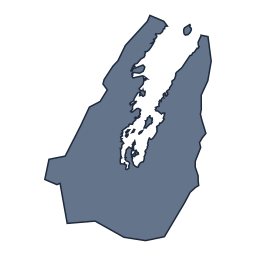 Porsáŋgu sme 2, Finnmark, Norway (Albers equal-area conic projection)
{"feature_id": "86288312B48399951224278", "entity_name": "Porsáŋgu sme 2", "entity_type": "district", "adm_level": 2, "iso_a3": "NOR", "parent_name": "Norway", "parent_adm1": "Finnmark", "projection": "albers", "projection_center": [25.158, 70.243], "detail": "fine", "context": "isolated", "style": "filled", "palette": "slate", "viewbox_px": 256, "rotation_deg": 0, "n_neighbors": 0, "source": "geoboundaries", "source_scale": "gbopen_adm2", "svg_char_len": 5904}
<svg xmlns="http://www.w3.org/2000/svg" viewBox="0 0 256 256"><path d="M208.0,36.6L201.0,35.2L201.0,35.9L198.1,42.3L198.2,44.6L198.6,46.1L199.1,46.4L198.7,47.5L197.6,48.6L197.1,48.2L194.4,52.1L192.7,53.0L191.6,55.2L190.0,55.5L181.8,67.8L176.3,72.5L175.6,74.2L175.8,75.0L175.1,77.6L174.3,79.4L172.1,80.9L171.9,81.9L172.2,83.5L172.0,84.3L169.7,87.7L169.4,89.2L167.2,90.7L166.3,92.1L167.6,92.6L167.2,93.5L167.9,94.2L166.5,95.3L167.0,95.5L166.8,95.8L166.0,96.1L165.8,95.4L165.2,95.3L165.2,93.5L164.5,93.1L163.5,93.9L163.2,94.6L163.5,96.4L163.3,97.6L163.5,97.8L162.7,97.7L161.9,98.5L161.2,99.9L161.4,101.1L161.2,101.5L160.0,100.2L159.0,101.7L159.5,103.0L158.8,103.9L159.1,106.1L155.9,107.3L156.3,107.5L156.1,108.7L155.2,109.5L156.0,110.9L157.9,111.0L161.4,114.0L162.4,113.1L164.7,113.1L164.7,114.1L164.2,114.6L164.4,115.3L163.4,117.7L163.3,118.5L164.3,119.1L161.8,122.5L160.0,123.2L159.2,122.8L159.7,123.4L159.4,124.7L156.7,126.5L156.9,126.9L156.7,127.6L157.2,128.1L156.9,128.8L156.8,130.0L157.2,131.1L155.9,133.9L153.6,137.4L151.5,139.4L149.6,139.1L149.7,137.5L149.1,138.5L148.1,141.4L148.2,142.5L147.7,142.9L147.6,143.9L148.1,144.8L148.1,145.4L147.2,146.6L147.4,147.7L147.1,148.5L145.0,151.3L145.1,152.0L145.8,152.3L144.9,155.4L144.1,156.6L144.3,157.5L144.1,159.6L143.3,161.8L141.5,162.1L140.1,163.2L138.9,164.8L138.9,165.5L138.4,165.7L138.3,167.0L137.4,167.3L134.7,165.9L133.3,164.2L133.2,162.9L132.0,160.2L132.6,158.0L132.2,157.1L131.6,157.4L131.7,155.6L134.6,156.6L135.5,155.1L135.7,154.0L136.3,155.0L138.5,154.1L138.1,153.2L138.2,152.6L137.1,152.2L136.3,150.6L135.4,152.1L135.7,150.9L135.5,150.7L134.6,153.1L133.5,154.2L131.4,155.0L131.2,154.3L131.3,152.3L132.3,149.1L132.7,149.0L132.7,150.6L134.0,150.5L133.6,149.0L133.4,145.8L135.3,144.0L134.9,143.5L135.1,142.5L134.7,140.9L133.7,142.7L133.2,142.8L133.3,143.6L132.3,144.3L133.1,145.1L132.4,146.4L132.7,146.8L131.8,148.1L130.9,148.3L129.0,147.0L126.2,149.9L126.0,152.0L125.1,154.9L125.1,156.4L126.0,157.4L125.0,157.8L125.5,158.2L125.2,159.4L125.8,159.8L126.0,160.7L128.9,162.0L129.6,163.2L129.5,164.0L128.6,166.0L129.0,168.1L126.8,169.6L125.7,169.1L125.7,167.9L126.4,166.1L126.0,165.3L126.3,165.0L124.8,164.3L124.5,162.1L124.4,164.1L120.5,163.7L120.2,161.1L120.3,159.5L120.8,158.3L121.4,158.0L120.6,157.7L121.3,156.5L120.7,155.8L120.9,155.3L120.6,153.6L120.7,151.7L120.4,150.6L121.0,148.9L120.5,148.5L121.3,148.4L121.8,147.7L121.7,146.6L122.0,144.7L123.8,143.3L122.5,141.5L121.7,141.7L121.4,141.6L122.0,141.4L121.4,140.9L121.9,140.4L121.2,139.4L121.9,138.7L121.0,138.5L120.7,137.3L120.9,137.0L120.7,136.9L120.7,136.7L122.5,135.9L122.1,135.0L122.6,133.0L121.7,133.3L122.7,132.1L122.6,131.1L122.1,130.6L127.4,126.6L128.3,126.6L129.0,125.7L128.8,124.8L129.4,124.1L132.4,124.3L132.3,123.8L132.9,123.5L132.9,122.5L135.7,119.8L134.7,117.8L135.8,117.1L136.3,117.8L136.0,118.6L136.6,118.6L138.0,117.2L137.9,118.0L138.5,117.9L139.8,116.7L139.5,116.2L139.1,115.7L140.3,114.5L140.3,113.9L139.9,114.0L139.7,113.2L139.7,112.4L140.6,110.6L140.1,110.7L140.4,110.0L140.3,109.4L138.2,108.4L136.8,108.6L132.2,112.2L131.4,112.1L131.5,111.4L131.5,111.1L131.3,111.0L130.8,111.6L130.6,111.5L132.7,109.0L132.4,108.0L132.8,105.7L135.0,103.1L135.5,102.9L135.2,102.4L136.3,101.7L136.1,101.5L135.2,102.3L135.1,102.0L135.3,101.6L135.0,101.7L135.0,102.2L131.7,104.6L131.1,104.1L130.5,104.9L130.3,103.9L129.8,103.8L130.5,102.6L133.7,100.9L133.9,100.4L133.9,99.5L134.9,97.4L137.8,92.8L140.4,92.0L140.2,92.9L140.7,93.3L139.8,94.2L139.6,95.7L142.0,94.9L142.4,96.0L143.2,96.3L144.7,95.2L145.2,91.8L145.0,91.2L144.2,91.5L142.9,90.5L143.1,90.1L143.0,89.7L142.7,90.5L140.7,90.5L139.3,89.4L139.1,88.7L143.1,84.2L143.6,81.7L144.1,80.8L143.7,80.7L143.8,79.9L144.5,79.6L145.2,80.2L145.9,79.8L145.8,79.5L146.2,79.0L146.1,78.8L147.4,78.9L145.7,77.6L145.9,78.1L145.7,78.6L143.6,78.7L143.5,77.5L144.0,77.7L143.6,77.4L143.7,76.2L142.6,75.8L133.0,77.9L132.0,76.1L132.9,75.0L131.8,74.2L132.0,73.5L132.9,73.2L132.7,72.7L133.1,72.4L139.7,73.2L143.1,71.4L144.2,69.1L144.8,67.0L143.0,65.0L135.2,68.1L132.7,67.9L133.3,68.9L132.4,69.8L132.2,70.9L130.3,71.0L131.6,70.2L131.7,69.2L132.7,67.8L132.8,66.8L133.3,66.0L134.8,66.5L135.0,66.3L133.8,65.1L134.4,64.3L137.2,63.3L141.0,58.9L144.1,57.1L144.9,55.5L144.6,54.9L145.6,52.5L145.2,51.7L147.4,51.3L149.0,50.0L151.0,47.3L153.5,43.2L151.5,43.2L154.5,41.3L154.6,40.8L153.5,39.7L153.7,39.1L155.2,39.0L156.7,36.8L156.8,36.0L156.5,35.5L155.5,34.6L155.8,33.8L160.1,33.8L162.6,31.5L162.9,30.2L163.7,28.8L164.6,28.8L164.8,27.2L165.2,26.3L167.4,26.1L163.8,21.3L149.9,15.4L147.4,21.3L125.4,45.4L118.0,60.7L112.9,66.2L104.1,79.6L103.0,84.0L107.3,89.9L100.1,101.5L89.4,107.1L80.5,126.1L65.2,156.1L49.0,159.3L44.8,179.5L56.9,184.6L60.1,183.4L67.2,223.4L95.1,221.1L124.0,237.3L145.6,240.6L164.4,236.7L184.7,202.5L190.1,192.3L195.6,187.3L198.7,185.5L198.2,181.3L198.1,175.7L195.2,167.0L195.3,161.1L200.7,147.5L199.5,142.6L202.3,137.8L205.9,133.4L201.9,120.3L200.4,114.1L201.3,109.4L201.2,95.1L207.8,80.8L211.2,61.2L208.0,36.6ZM185.4,35.1L188.0,34.6L189.3,33.3L190.4,32.0L191.2,30.2L191.4,29.2L191.1,28.1L189.7,26.8L190.3,25.2L189.8,24.5L184.6,27.8L183.8,29.2L183.7,30.9L184.0,33.4L184.3,34.1L185.4,35.1ZM149.8,117.2L150.1,115.9L149.7,115.8L149.4,117.1L148.9,116.9L147.3,118.0L147.2,118.6L147.5,119.3L146.2,120.7L145.4,120.8L145.8,121.4L145.6,122.3L145.8,122.9L145.5,124.5L144.0,127.9L146.3,127.9L146.7,127.0L150.1,123.9L151.2,123.8L152.1,122.5L151.7,122.5L151.9,120.7L152.4,120.1L152.4,119.4L152.0,119.2L152.3,118.7L152.2,118.0L150.8,118.1L149.8,117.2ZM142.6,130.6L140.3,131.5L138.8,133.2L138.9,134.0L139.5,134.0L140.7,132.7L141.3,132.7L142.6,130.6ZM127.1,135.0L127.0,134.0L126.5,133.9L125.4,135.9L126.5,137.1L127.1,136.7L126.9,136.0L127.9,135.6L128.1,134.5L127.1,135.0ZM129.6,129.8L127.5,130.0L126.2,132.1L125.7,132.1L125.9,132.7L127.8,132.2L129.6,129.8ZM131.8,132.6L133.6,132.1L134.8,129.6L133.9,129.3L131.8,132.6Z" fill="#64748b" stroke="#1e293b" stroke-width="1.5"/></svg>